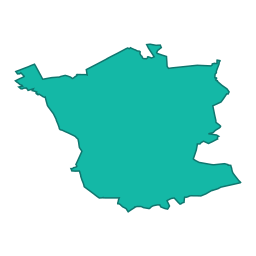 the district of Laidzes pag., Talsi, Latvia
{"feature_id": "27541924B38806240468878", "entity_name": "Laidzes pag.", "entity_type": "district", "adm_level": 2, "iso_a3": "LVA", "parent_name": "Latvia", "parent_adm1": "Talsi", "projection": "robinson", "projection_center": [22.64, 57.292], "detail": "fine", "context": "isolated", "style": "filled", "palette": "teal", "viewbox_px": 256, "rotation_deg": 0, "n_neighbors": 0, "source": "geoboundaries", "source_scale": "gbopen_adm2", "svg_char_len": 5421}
<svg xmlns="http://www.w3.org/2000/svg" viewBox="0 0 256 256"><path d="M15.8,71.5L17.5,73.9L19.8,73.8L20.8,72.8L24.2,76.3L24.1,76.6L23.7,76.8L21.6,77.9L20.1,78.5L15.4,80.8L15.7,81.1L16.5,81.7L17.1,82.3L17.5,82.4L20.2,84.7L21.9,85.2L22.6,86.2L18.8,87.0L20.9,88.8L22.2,88.9L24.0,88.1L26.5,88.1L28.1,90.4L33.4,88.8L32.9,89.8L32.3,90.6L34.5,91.2L36.6,91.9L36.0,93.0L37.2,93.5L36.8,94.0L38.0,94.8L39.1,94.2L40.8,95.2L43.2,96.8L43.3,96.8L45.2,97.5L45.3,97.4L46.2,101.1L47.4,105.4L47.5,105.6L48.4,107.0L51.6,111.3L53.4,113.7L56.1,119.2L56.3,120.2L58.0,124.3L59.0,127.1L59.4,128.8L59.9,129.3L60.1,129.6L60.9,129.9L62.3,130.2L64.3,131.2L65.4,131.7L68.2,132.9L71.7,134.6L73.6,135.5L75.4,136.5L76.3,137.6L78.0,139.1L78.7,142.7L79.1,145.7L79.1,145.8L79.4,147.3L79.4,147.5L79.6,147.8L80.6,149.3L80.7,149.5L81.2,150.1L81.8,151.1L81.9,151.3L80.7,154.0L77.5,161.1L75.9,164.5L76.2,164.9L76.7,165.8L76.8,166.1L76.7,166.6L76.2,166.9L75.7,167.1L74.5,167.5L73.7,167.6L73.2,168.0L72.4,168.6L71.0,168.6L71.1,168.8L71.2,169.2L71.8,170.9L75.0,171.1L76.0,171.1L79.3,171.0L79.6,171.5L80.3,174.0L80.6,174.7L80.8,176.5L81.7,179.1L81.9,179.8L82.2,180.6L82.6,181.4L82.6,181.6L82.7,181.8L83.0,182.5L83.1,182.8L83.3,183.3L83.9,185.3L84.2,186.7L87.4,189.1L87.7,189.4L88.1,189.6L94.2,194.2L94.4,194.4L96.9,196.3L97.0,196.4L99.3,198.0L100.5,197.9L102.2,197.8L102.8,197.6L102.8,197.8L105.1,197.9L107.7,197.9L112.5,197.9L119.2,197.9L119.1,198.1L118.9,198.9L118.5,199.8L118.2,201.5L117.8,202.8L117.7,203.4L117.8,203.8L118.6,203.8L118.8,203.8L119.2,203.9L119.6,204.1L120.2,204.5L120.6,204.9L120.9,205.2L122.1,206.3L122.5,206.7L123.2,207.1L124.3,207.6L125.5,208.3L125.9,208.5L126.2,208.8L126.5,209.1L126.7,209.5L127.1,210.2L128.2,211.8L130.2,210.4L135.1,207.2L135.0,206.9L135.8,206.8L137.1,206.5L140.7,206.5L141.3,206.6L142.3,207.0L143.4,207.6L147.4,208.3L148.5,208.5L149.0,208.6L149.4,208.5L149.7,208.4L150.5,207.5L151.6,206.6L152.5,206.1L153.2,205.8L153.9,205.6L157.3,204.9L159.8,204.9L159.9,205.2L160.1,205.6L160.8,206.9L164.5,208.4L165.6,208.7L167.6,209.1L168.0,208.6L169.5,206.0L169.1,205.2L168.6,204.0L167.0,200.7L167.6,200.3L168.2,200.0L170.5,198.8L171.2,198.5L171.7,198.4L172.3,198.3L174.2,198.0L175.3,199.2L176.7,200.7L178.3,202.5L179.5,203.6L180.0,204.1L180.9,203.9L182.0,203.1L182.7,202.7L184.0,202.4L184.3,199.2L184.6,197.2L186.0,197.2L186.5,197.2L187.5,196.9L188.5,196.5L189.5,196.0L189.9,195.9L190.4,195.8L190.8,195.8L191.5,195.7L193.5,195.8L195.8,195.8L197.3,195.8L200.4,195.9L200.9,195.9L201.9,195.5L202.9,195.1L204.3,194.5L205.8,193.9L207.0,193.2L209.4,191.8L210.3,191.3L212.1,190.3L212.3,190.5L212.9,190.3L214.1,189.9L218.0,188.7L218.5,188.4L220.2,187.5L220.7,187.2L224.6,186.3L234.0,184.2L240.2,182.8L240.6,182.4L239.5,181.2L238.9,180.8L234.9,175.7L233.2,173.4L232.8,172.7L232.6,172.2L232.2,171.1L231.9,169.8L231.6,168.1L230.9,166.1L230.8,165.4L229.7,165.2L228.2,165.3L228.0,164.6L224.6,163.7L222.3,163.9L216.5,164.5L213.7,164.8L211.6,164.6L199.1,162.4L195.8,160.7L193.6,159.3L193.3,158.9L194.0,156.9L196.3,150.0L196.9,146.7L197.2,145.2L197.3,144.0L200.0,143.9L201.0,142.7L203.5,141.2L208.5,143.5L209.7,142.9L212.3,141.7L216.3,139.6L217.5,139.0L217.4,138.9L217.6,136.9L218.7,136.3L217.2,135.4L216.6,135.0L209.2,133.9L208.4,133.8L209.4,133.5L212.3,132.8L212.9,132.6L213.4,132.3L213.8,131.9L214.8,130.9L215.2,130.5L216.1,129.9L218.9,128.2L219.7,127.6L219.9,127.4L220.1,127.2L220.3,127.0L220.4,126.7L220.6,126.2L219.8,125.4L219.4,125.0L216.5,122.8L216.2,122.6L216.0,122.2L215.9,121.8L215.9,120.9L215.8,120.2L215.5,118.9L214.7,115.3L212.8,105.8L221.0,102.0L223.1,99.2L223.8,98.2L226.7,93.9L228.1,94.0L229.1,91.9L227.0,88.9L221.9,85.3L219.1,82.9L217.0,80.9L217.2,80.6L215.8,80.0L215.8,79.9L215.9,79.1L216.6,78.3L216.6,78.1L216.1,77.8L215.2,77.8L214.8,77.7L215.0,75.3L215.0,74.6L215.1,74.3L215.2,74.0L215.4,73.8L216.1,73.1L216.3,72.8L216.4,72.5L216.3,71.3L216.4,71.1L216.8,69.9L219.0,64.1L219.1,63.8L219.1,63.0L219.1,62.4L219.3,62.1L220.1,60.8L219.9,60.6L217.1,60.1L217.0,60.4L217.0,63.5L214.1,63.5L214.1,63.4L212.3,63.9L212.1,65.1L210.9,65.9L197.5,65.3L196.0,65.4L180.7,67.0L173.9,67.7L172.0,67.9L168.5,68.4L167.1,66.4L166.8,61.1L166.7,59.9L166.5,56.5L161.8,55.0L157.5,53.5L157.4,53.5L156.6,52.7L157.5,50.6L158.9,49.5L160.1,48.5L161.3,47.6L160.3,45.1L156.0,45.3L150.1,44.2L146.7,44.6L147.5,46.2L148.3,47.8L149.1,49.1L154.2,56.8L153.8,57.0L152.9,57.4L152.5,57.6L151.9,57.8L151.6,58.0L151.3,58.1L150.6,57.6L150.1,57.4L148.5,56.9L148.3,56.8L147.7,56.9L147.8,57.4L147.7,57.6L147.3,58.0L146.5,58.7L145.9,58.7L145.0,58.6L143.9,58.7L143.6,58.5L143.2,58.4L142.9,58.3L142.6,58.1L142.4,57.7L141.9,56.3L141.8,56.2L141.6,56.1L141.3,55.9L141.0,55.7L140.7,55.1L140.1,54.0L140.0,53.5L139.9,53.0L139.9,52.8L139.9,52.6L140.2,52.1L140.2,51.9L140.1,51.7L139.9,51.5L139.4,51.2L139.1,51.1L138.7,51.1L138.2,51.1L137.7,51.0L137.2,50.9L136.8,50.7L135.4,49.9L134.1,49.5L132.5,48.7L131.5,48.4L130.6,47.7L129.2,48.7L127.7,48.0L125.9,48.8L121.4,51.2L117.8,53.1L112.7,55.7L112.5,55.8L112.3,55.9L107.5,58.4L107.6,58.5L98.1,63.5L86.3,69.6L87.1,74.9L86.4,74.6L84.3,74.6L81.8,74.6L77.0,74.5L76.9,74.6L77.1,74.7L77.1,74.9L76.9,75.5L74.8,76.9L73.5,78.0L72.4,78.5L71.2,77.6L70.5,77.1L67.5,76.0L65.2,75.4L60.6,76.5L58.9,77.3L58.4,77.1L51.7,77.6L43.0,79.2L42.7,79.2L41.7,77.3L40.2,74.5L39.4,73.1L39.0,72.3L38.9,72.1L36.7,68.1L35.8,66.4L35.7,66.2L35.5,65.9L34.5,64.2L31.1,65.5L28.9,66.5L26.9,67.3L25.5,67.8L19.3,70.2L15.8,71.5Z" fill="#14b8a6" stroke="#0f766e" stroke-width="1.5"/></svg>